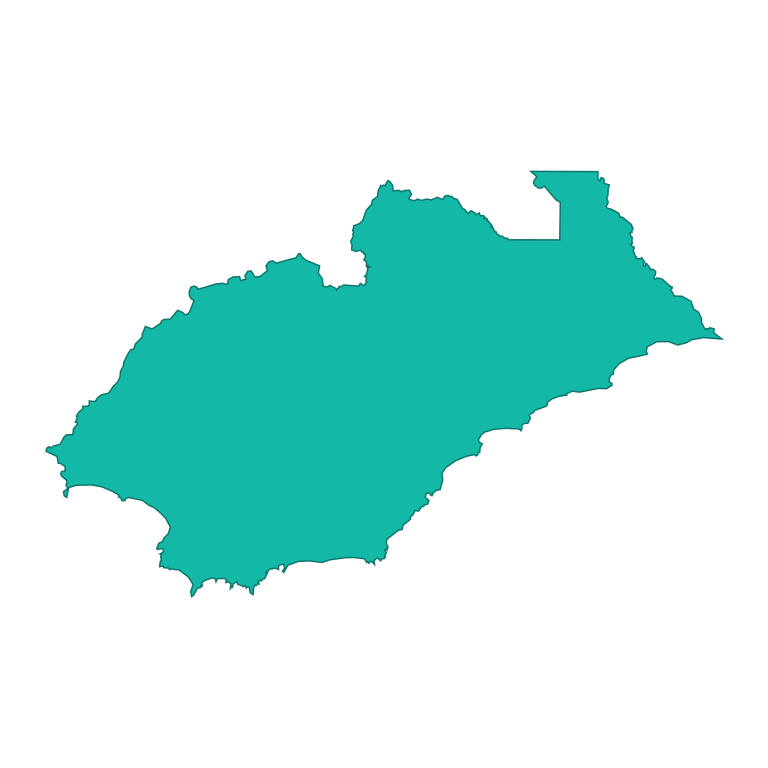 outline of Ahanta West Municipal, Western, Ghana
{"feature_id": "2480657B81057694902297", "entity_name": "Ahanta West Municipal", "entity_type": "district", "adm_level": 2, "iso_a3": "GHA", "parent_name": "Ghana", "parent_adm1": "Western", "projection": "natural_earth1", "projection_center": [-1.968, 4.851], "detail": "fine", "context": "isolated", "style": "filled", "palette": "teal", "viewbox_px": 768, "rotation_deg": 0, "n_neighbors": 0, "source": "geoboundaries", "source_scale": "gbopen_adm2", "svg_char_len": 6089}
<svg xmlns="http://www.w3.org/2000/svg" viewBox="0 0 768 768"><path d="M377.7,196.4L372.4,200.2L371.6,204.3L366.3,210.2L362.7,220.5L359.5,223.5L353.6,225.9L353.6,228.4L352.6,229.9L353.6,233.0L352.8,234.1L353.3,236.1L350.7,241.5L352.0,245.2L351.6,249.8L355.7,251.5L360.6,250.2L362.2,252.3L363.3,252.0L363.6,253.8L365.2,254.3L365.3,257.4L363.8,260.0L366.5,261.8L366.4,266.4L367.1,267.1L368.0,265.7L368.2,267.0L369.9,266.9L367.7,268.4L366.8,273.9L364.6,276.4L366.8,277.6L365.8,280.3L366.6,282.4L363.9,285.7L360.3,283.4L358.7,286.1L343.5,285.0L341.6,286.7L339.5,286.3L336.5,290.0L335.8,288.5L330.0,285.4L327.2,286.9L323.2,286.2L322.1,278.4L318.3,273.1L319.6,265.8L306.3,260.4L302.2,257.2L300.4,253.9L298.7,253.7L296.1,257.7L276.2,263.2L272.4,260.8L268.7,262.0L266.0,266.0L267.4,270.7L260.2,276.4L255.1,277.2L251.1,271.0L247.8,271.3L245.0,275.5L245.9,279.0L240.6,280.6L239.6,276.7L232.9,277.0L228.2,279.8L227.7,283.8L226.2,284.2L222.1,283.3L216.3,283.9L198.2,289.3L196.8,287.1L193.8,286.1L190.9,287.2L189.2,291.8L189.4,295.7L191.0,298.6L194.0,300.5L189.5,312.0L187.7,314.2L184.7,314.6L182.9,312.6L177.6,310.3L170.2,319.2L164.4,319.4L161.9,320.7L160.4,323.5L152.1,329.0L145.4,326.5L142.1,334.4L142.3,337.0L135.4,343.9L133.6,349.3L130.9,349.6L128.3,353.3L123.7,362.5L123.3,366.1L120.5,371.4L120.0,376.8L117.8,381.9L113.6,386.0L108.5,393.2L101.6,394.8L97.7,397.6L95.3,401.5L89.2,401.0L89.4,404.5L88.0,406.3L82.8,406.3L82.8,408.9L79.0,411.9L76.5,415.8L77.1,418.7L75.3,422.1L77.5,422.6L77.2,424.5L73.5,428.8L72.8,434.7L66.4,434.8L64.1,436.9L60.1,444.3L53.0,446.2L51.6,448.0L49.3,446.7L46.7,448.1L46.1,451.3L57.1,456.5L58.3,463.4L60.6,463.4L65.1,466.6L65.0,471.4L61.7,471.4L60.7,473.7L61.5,475.9L66.4,480.1L67.1,482.1L65.9,485.1L67.6,487.6L67.4,488.8L63.4,491.7L64.3,495.9L66.8,497.4L68.5,488.1L70.5,487.0L76.1,485.3L91.6,484.9L101.9,486.8L111.9,491.1L118.4,494.8L119.1,496.1L118.5,497.0L120.6,497.6L121.9,500.6L124.8,500.7L126.1,498.2L128.9,497.5L142.4,500.3L149.1,505.4L154.6,507.9L161.8,514.2L165.8,518.5L170.4,527.0L168.4,533.5L163.7,538.4L162.5,541.6L158.9,543.2L156.7,548.5L157.5,549.5L162.0,548.5L163.4,549.8L163.2,552.2L160.0,554.0L161.6,554.5L160.7,556.5L161.5,560.7L160.4,561.1L159.6,566.7L163.5,566.0L163.9,567.7L168.0,568.0L169.7,569.6L172.9,568.6L173.9,569.6L178.7,569.7L188.6,577.2L193.2,584.7L190.7,591.3L191.6,596.6L193.5,595.2L197.7,587.7L199.7,587.9L202.3,586.0L202.3,585.2L201.3,585.5L201.7,582.7L205.1,580.3L212.1,577.9L215.3,578.8L216.0,581.7L217.3,578.6L224.6,578.5L226.6,580.0L225.6,582.1L226.2,582.7L228.2,581.5L230.7,583.6L230.4,588.6L231.4,587.3L232.3,587.5L233.3,583.8L236.5,581.7L238.0,584.4L242.5,585.7L242.8,586.7L245.2,585.8L246.3,588.1L247.5,586.7L249.2,587.1L250.3,592.9L253.1,594.6L253.6,587.5L255.1,585.0L256.0,585.6L258.2,583.7L259.0,584.0L258.6,581.9L257.8,582.5L258.0,580.9L260.5,580.3L261.4,581.0L262.6,579.1L264.5,578.8L267.4,573.1L266.5,573.6L265.8,572.3L269.7,569.3L275.0,568.1L278.6,569.5L278.6,565.4L283.6,564.0L284.6,568.4L282.4,571.1L283.8,572.4L287.9,565.1L298.4,561.4L309.4,560.9L322.0,562.4L330.4,559.7L346.2,557.6L355.2,557.6L364.5,558.8L366.6,562.3L367.3,561.7L368.9,563.3L369.8,561.6L372.0,561.8L374.5,564.4L374.0,560.7L376.2,558.6L377.7,558.1L380.7,560.8L381.7,558.9L384.4,558.5L385.5,556.7L384.7,555.3L386.5,552.8L384.7,550.4L385.7,548.9L387.0,550.2L388.0,546.4L387.0,545.7L386.2,541.8L387.4,538.8L398.0,530.5L402.3,529.3L402.8,525.5L410.2,519.4L410.3,516.8L412.8,515.0L415.0,510.6L418.6,511.1L421.6,506.8L423.8,506.2L424.0,504.9L427.6,504.1L428.9,500.5L425.3,497.3L426.0,494.0L429.2,492.5L431.0,495.4L432.1,495.6L433.2,492.9L436.5,490.2L440.1,489.7L442.7,480.1L442.0,473.5L445.5,467.9L455.6,460.7L466.3,456.3L474.2,454.6L476.1,455.9L477.5,455.1L478.4,452.7L479.8,452.3L480.0,447.9L482.3,443.8L479.1,442.2L478.5,439.5L481.6,434.4L484.9,432.0L493.9,429.3L506.0,428.3L519.3,429.0L520.9,430.7L522.0,428.4L521.8,425.1L523.9,423.6L527.9,423.2L530.3,418.2L529.2,415.3L530.1,414.1L533.4,412.5L534.7,410.4L545.7,406.4L547.1,405.4L547.6,402.0L552.4,398.7L559.0,396.3L566.7,395.1L566.1,394.2L567.3,393.3L572.4,391.2L579.7,392.1L598.3,388.4L606.5,388.7L612.0,385.2L612.0,383.5L609.2,381.8L609.4,378.4L611.2,375.0L613.4,373.9L613.7,369.7L619.3,363.5L628.2,358.4L646.7,354.4L647.5,353.7L646.1,351.8L647.2,346.8L656.8,341.7L668.6,341.6L677.8,345.0L686.2,342.8L692.0,339.6L703.6,337.6L721.9,339.0L714.4,333.4L713.7,331.5L714.1,328.8L709.6,327.8L708.7,329.0L706.3,328.6L705.4,329.4L704.5,328.3L701.5,322.7L701.3,318.1L698.4,312.2L693.7,309.1L691.0,301.3L681.9,296.3L674.0,296.0L672.5,292.4L670.4,290.1L672.3,287.9L672.0,286.7L670.4,286.5L661.8,278.9L657.2,277.9L655.0,279.4L653.6,278.2L655.5,274.0L655.6,271.4L652.9,269.3L650.2,269.6L650.0,267.9L646.9,263.9L645.9,263.6L645.0,266.2L643.4,265.9L643.5,263.7L644.7,262.3L641.7,257.8L641.3,258.6L636.1,258.5L636.2,256.6L635.3,256.2L633.1,250.1L634.2,248.5L633.9,246.8L632.5,246.7L630.5,244.4L631.8,244.1L632.4,242.7L631.8,241.3L632.3,237.5L631.0,236.5L629.7,233.0L632.0,232.2L631.5,231.6L633.0,228.7L631.2,224.4L622.3,217.2L620.3,217.3L618.8,213.3L611.2,209.1L607.3,208.3L606.1,206.8L608.2,202.6L606.8,197.6L607.9,195.8L608.2,188.5L609.4,185.0L603.9,183.3L604.2,179.7L602.9,178.1L601.1,177.7L600.0,180.9L597.9,178.8L597.9,171.6L530.9,171.4L537.0,176.9L534.4,179.9L533.4,182.9L535.2,185.9L539.2,188.2L542.1,187.9L544.0,185.9L556.1,199.9L560.3,202.3L559.8,239.9L508.0,239.8L507.7,238.3L504.8,238.2L502.0,236.1L499.1,236.2L499.0,235.2L496.7,233.9L496.1,231.9L494.5,231.3L492.3,226.4L491.2,227.1L491.6,225.2L488.5,221.2L486.6,220.4L487.4,219.2L485.4,217.8L483.9,218.7L484.4,216.7L483.6,215.7L480.3,215.8L479.3,213.0L475.6,214.8L475.1,213.0L470.9,210.7L468.1,213.5L464.6,209.3L462.7,208.8L457.4,199.6L453.9,198.5L451.7,196.4L450.0,196.6L448.5,195.4L444.7,196.1L443.5,198.6L441.7,199.4L437.5,197.3L431.3,199.9L426.7,199.1L421.5,200.4L417.4,199.1L414.7,200.8L409.5,199.6L408.8,198.1L411.5,194.3L409.4,190.2L404.3,190.5L402.1,191.7L398.4,190.3L393.2,191.0L392.7,185.6L389.8,181.4L387.8,180.6L385.1,185.6L383.5,185.1L382.0,186.1L380.8,185.4L378.2,190.6L377.7,196.4Z" fill="#14b8a6" stroke="#0f766e" stroke-width="1.5"/></svg>